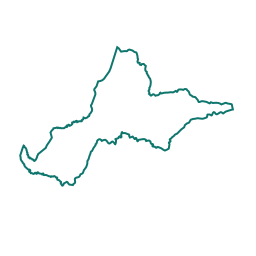 outline of Mercedes, Ocotepeque, Honduras, rotated 288°
{"feature_id": "27666195B36872574747509", "entity_name": "Mercedes", "entity_type": "district", "adm_level": 2, "iso_a3": "HND", "parent_name": "Honduras", "parent_adm1": "Ocotepeque", "projection": "mercator", "projection_center": [-89.033, 14.309], "detail": "fine", "context": "isolated", "style": "outline", "palette": "teal", "viewbox_px": 256, "rotation_deg": 288, "n_neighbors": 0, "source": "geoboundaries", "source_scale": "gbopen_adm2", "svg_char_len": 5779}
<svg xmlns="http://www.w3.org/2000/svg" viewBox="0 0 256 256"><g transform="rotate(288 128 128)"><path d="M201.5,92.8L179.5,93.0L176.0,92.7L167.4,90.0L165.5,88.8L164.1,87.1L163.1,85.2L158.4,85.2L157.1,84.9L154.7,84.0L153.7,84.1L151.7,85.9L149.9,86.6L139.7,86.2L138.1,85.8L137.4,86.1L136.5,86.7L136.1,87.2L134.4,88.2L132.9,88.4L130.6,87.8L129.1,87.1L128.6,87.1L127.8,87.4L127.3,87.3L126.6,86.4L125.6,86.2L124.1,84.5L124.2,82.5L122.3,82.7L121.8,82.0L121.0,81.5L120.7,81.5L120.3,81.9L120.1,81.8L119.3,79.4L118.6,78.7L118.6,78.1L118.4,77.9L118.0,78.0L117.8,77.8L118.0,77.5L118.5,77.6L118.8,77.4L118.9,76.8L118.7,76.5L118.2,76.6L117.9,75.9L117.1,75.5L117.1,75.1L117.3,74.6L117.2,74.3L116.4,74.0L115.9,73.2L115.6,73.2L115.3,73.7L114.9,73.8L114.2,73.6L113.3,73.1L112.3,72.2L111.9,71.4L112.0,70.9L112.7,70.8L112.7,70.4L111.8,69.9L111.5,69.1L111.2,68.9L110.8,69.0L110.6,69.6L110.1,69.6L109.9,69.3L109.5,68.2L108.1,67.3L107.1,64.5L107.2,63.4L106.6,62.6L106.8,61.5L106.2,60.9L106.5,60.2L105.9,59.5L104.7,57.2L103.8,57.2L101.8,56.2L99.8,55.7L95.4,58.5L94.9,58.5L90.8,57.5L86.9,56.3L85.2,56.0L83.8,56.0L75.4,50.6L74.4,50.6L73.3,50.3L72.4,50.5L69.7,50.2L69.1,50.0L68.4,49.5L67.8,49.3L67.7,49.0L67.8,48.7L68.6,47.9L68.6,47.5L68.4,46.8L68.9,46.2L69.1,45.6L69.1,45.2L68.8,44.6L68.7,44.3L68.9,44.0L69.5,43.9L69.7,43.6L69.6,43.2L69.2,42.9L69.2,42.5L71.6,41.3L71.7,41.0L71.5,40.7L71.7,40.4L73.3,40.1L73.7,39.4L75.0,38.8L75.5,38.3L76.3,38.0L77.5,36.7L77.7,35.7L78.3,35.3L78.4,34.9L78.9,34.7L79.0,34.2L77.0,34.0L68.5,34.0L67.0,34.9L65.2,35.6L64.0,36.7L63.3,37.9L62.4,38.6L62.1,39.5L61.7,39.8L61.4,40.6L60.4,40.9L59.2,42.4L57.6,46.1L58.0,47.2L57.8,47.8L57.4,48.2L57.0,48.3L56.7,48.1L56.5,47.5L56.0,47.5L55.8,47.8L55.7,48.8L55.0,49.5L55.4,50.4L55.1,51.5L55.2,52.5L55.5,52.8L56.3,53.1L56.8,53.8L56.8,54.3L56.2,54.8L56.2,55.2L56.6,55.6L57.6,55.5L58.0,55.9L57.9,56.5L57.3,57.4L57.7,60.1L57.3,60.7L57.6,61.0L58.3,61.0L58.5,61.4L58.3,61.7L57.6,61.8L57.3,62.2L57.4,63.1L57.9,64.3L58.0,65.2L57.7,67.7L58.0,69.0L57.6,69.7L57.8,70.0L58.5,70.4L58.6,71.7L59.3,72.4L59.5,72.9L59.3,73.7L58.7,74.6L58.7,75.0L59.0,75.4L59.0,75.8L58.7,76.1L57.8,76.2L57.0,76.9L57.0,77.3L57.1,78.0L57.0,78.7L56.3,80.0L56.1,80.9L55.7,81.1L55.0,81.0L54.3,81.3L54.1,81.6L54.0,82.1L53.3,82.6L52.9,83.2L53.0,83.6L53.8,84.1L55.4,84.1L57.9,86.5L57.7,87.3L56.7,88.5L56.1,89.7L56.7,93.2L57.7,93.3L59.0,94.3L59.7,94.5L60.6,94.3L62.8,93.3L63.7,93.3L64.7,94.0L65.8,95.8L66.4,96.5L67.3,96.9L68.4,97.0L69.3,97.2L70.8,98.8L71.6,99.0L74.3,99.1L77.8,100.3L81.0,100.4L84.2,99.6L86.0,100.1L90.0,100.0L91.9,100.2L93.6,100.0L94.4,100.3L95.1,100.9L98.4,101.4L101.5,102.4L102.6,102.2L103.4,102.8L106.6,102.7L108.0,103.6L108.5,104.3L108.6,105.1L108.3,106.3L107.7,106.8L107.6,107.1L108.4,107.8L109.3,109.0L109.6,109.7L109.7,110.4L109.1,111.8L107.7,113.7L107.4,114.8L107.7,115.4L108.3,116.0L109.8,116.7L110.4,117.6L109.6,119.4L108.7,120.5L108.7,120.9L110.0,121.0L112.5,120.5L113.0,120.2L113.3,119.6L113.6,119.5L115.4,122.0L116.6,122.0L117.6,122.7L117.7,123.1L117.6,123.4L116.8,124.0L116.9,124.3L117.1,124.5L117.6,124.5L119.4,123.6L121.9,123.4L122.2,123.7L122.0,124.0L121.6,124.2L121.4,124.5L122.0,125.9L122.3,127.2L122.1,129.3L122.1,130.9L121.8,131.3L120.6,131.7L119.5,132.8L121.3,135.1L119.6,137.7L119.8,138.2L120.8,138.4L120.9,138.9L120.1,139.7L118.7,140.7L118.4,141.1L118.7,141.5L119.6,141.6L120.1,141.9L122.2,146.0L122.5,147.2L122.4,148.3L122.1,148.9L121.4,149.0L121.2,149.3L122.3,151.1L122.6,152.1L122.1,153.5L120.8,154.2L120.3,154.8L120.1,155.4L120.3,156.3L120.1,156.9L119.5,157.1L118.6,156.7L118.3,156.9L118.1,157.2L118.1,157.7L118.5,159.1L118.3,159.7L117.9,160.5L117.9,160.9L118.1,161.3L119.0,161.7L119.2,162.8L119.0,165.8L118.1,169.0L118.0,170.1L119.7,172.0L121.0,173.1L125.3,172.5L125.7,172.3L126.3,171.6L126.8,171.4L127.2,171.6L127.8,172.3L128.5,172.5L129.1,172.2L129.6,171.4L130.2,171.3L131.3,172.2L133.0,172.9L134.4,174.0L136.2,174.7L137.9,176.5L143.3,179.2L146.0,181.2L147.6,181.2L148.5,181.3L150.6,182.7L151.9,184.3L152.7,184.6L154.5,184.9L155.3,185.2L156.8,187.2L157.6,189.1L158.8,191.1L159.7,195.6L160.3,196.9L162.4,199.6L163.2,199.7L165.0,199.4L165.4,199.6L166.1,201.7L166.0,202.3L165.7,203.3L165.8,203.6L166.4,203.9L168.7,204.1L169.6,204.7L169.6,205.5L168.5,207.2L168.4,207.9L168.9,208.8L171.0,210.5L171.7,211.3L171.8,212.1L171.3,213.6L171.3,214.1L173.1,215.3L174.1,216.2L177.6,221.2L178.0,222.0L182.2,219.6L182.6,219.2L182.6,218.5L182.1,215.3L182.2,213.5L181.8,212.6L179.3,209.6L179.7,207.7L179.7,206.1L179.2,204.0L178.0,200.9L178.1,198.9L178.0,198.7L177.0,198.4L176.6,197.8L177.1,194.6L176.6,190.8L176.3,189.9L174.8,187.9L174.6,187.3L174.9,186.8L176.1,185.8L178.1,182.6L178.1,181.8L177.8,179.7L178.4,178.7L178.7,176.9L179.2,176.2L180.9,175.0L181.7,174.0L182.2,172.6L182.9,171.8L182.9,171.0L182.5,169.8L181.3,168.7L181.3,167.6L180.9,165.9L180.3,164.5L179.7,164.0L177.9,163.7L177.5,163.4L177.5,163.1L178.0,162.3L178.0,161.9L176.2,160.3L175.7,159.6L175.3,157.7L174.1,155.2L172.9,151.9L171.2,149.2L171.2,148.8L171.6,147.9L171.3,147.6L170.7,147.7L170.0,147.5L168.5,146.4L167.8,144.9L167.2,144.2L167.9,142.4L167.9,141.6L167.5,141.1L166.1,140.1L165.9,139.6L166.3,138.9L166.4,138.5L166.9,137.5L167.5,137.8L167.9,137.6L169.6,136.1L170.1,136.1L171.1,136.5L172.8,135.9L174.0,136.2L175.4,136.2L178.0,135.7L179.5,135.2L181.7,133.8L182.8,132.1L183.9,131.3L184.1,130.7L185.0,130.1L185.7,129.0L187.2,128.5L187.4,127.7L188.2,126.7L190.0,126.0L192.2,125.8L192.6,125.7L192.9,124.5L193.6,123.6L193.7,122.9L193.0,121.4L192.0,121.1L191.9,120.2L192.0,119.6L192.3,119.3L193.5,119.0L193.5,118.5L193.2,117.4L193.2,117.1L194.1,116.5L196.6,116.3L197.3,115.6L199.5,114.7L202.0,113.0L202.4,112.5L202.3,110.7L203.1,108.2L203.0,105.1L202.3,104.1L200.9,103.4L200.6,103.0L200.2,101.2L198.5,97.8L200.9,94.6L201.5,92.8Z" fill="none" stroke="#0f766e" stroke-width="2"/></g></svg>